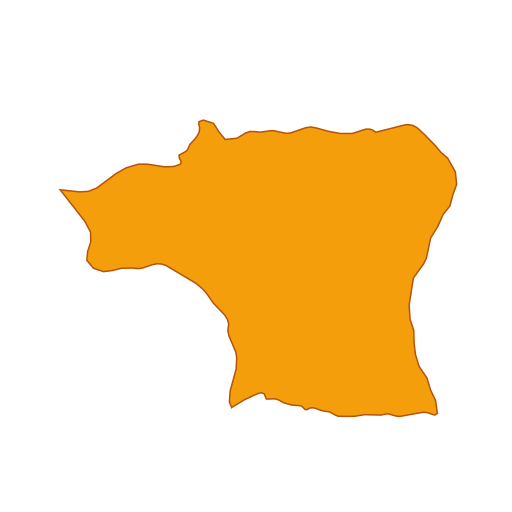 the Region of Arica y Parinacota, rotated 279°
{"feature_id": "CHL-2694", "entity_name": "Arica y Parinacota", "entity_type": "Region", "adm_level": 1, "iso_a3": "CHL", "parent_name": "Chile", "parent_adm1": "", "projection": "robinson", "projection_center": [-69.675, -18.339], "detail": "fine", "context": "isolated", "style": "filled", "palette": "amber", "viewbox_px": 512, "rotation_deg": 279, "n_neighbors": 0, "source": "natural_earth", "source_scale": "10m", "svg_char_len": 1996}
<svg xmlns="http://www.w3.org/2000/svg" viewBox="0 0 512 512"><g transform="rotate(279 256 256)"><path d="M290.8,52.2L291.7,71.5L293.6,80.3L298.1,87.9L315.4,104.8L322.9,114.1L328.3,125.5L329.7,134.2L329.8,152.2L331.7,161.2L335.0,167.2L337.7,167.3L340.3,165.1L343.6,164.2L347.9,169.8L349.4,171.3L350.9,171.9L356.0,173.3L362.4,177.6L365.9,179.3L369.5,180.5L373.9,180.3L377.3,178.8L379.8,178.7L381.9,182.6L382.0,182.8L380.4,193.3L372.6,200.2L366.3,207.3L369.3,218.7L375.8,226.4L378.0,230.4L378.8,236.1L378.8,238.6L379.0,240.8L382.1,251.1L382.5,253.3L381.9,266.6L382.8,270.6L390.5,285.1L392.0,290.1L391.9,295.7L390.5,307.4L390.2,320.0L392.1,332.0L397.1,341.8L398.6,345.0L399.1,348.3L398.6,351.6L397.1,354.9L397.0,355.1L397.1,355.3L408.9,382.8L409.6,385.3L409.5,390.7L407.8,395.2L401.5,404.7L401.3,404.7L393.8,414.9L387.3,422.5L382.6,430.0L370.4,439.7L358.2,443.0L346.9,440.8L335.7,439.7L326.3,434.3L314.1,431.1L301.0,425.7L280.3,424.6L273.8,422.5L265.3,418.1L258.8,414.9L247.5,414.9L231.6,414.9L217.5,418.1L207.2,423.5L195.0,425.7L183.7,428.9L172.5,434.3L162.2,444.0L150.9,449.4L141.5,455.9L129.2,459.7L129.1,459.8L127.6,458.4L126.8,457.1L128.0,450.4L128.1,447.8L127.5,444.5L120.0,423.1L119.8,419.5L120.8,410.8L118.4,404.1L116.3,388.2L113.1,378.5L111.4,368.1L110.6,362.3L111.1,359.8L113.5,353.2L113.5,346.4L113.8,343.5L114.9,338.4L114.9,335.4L114.3,333.1L112.4,330.5L111.9,328.8L115.1,324.2L114.4,314.5L115.3,306.7L117.2,301.3L117.8,298.7L117.7,295.9L116.6,290.5L116.4,288.5L121.2,285.7L121.8,282.0L119.7,278.3L117.1,274.3L112.0,266.8L107.7,261.8L102.9,256.1L102.4,255.7L107.8,252.5L118.8,251.6L141.5,254.1L152.6,252.8L157.9,251.1L173.0,241.7L178.1,239.8L184.3,239.7L189.0,237.7L192.8,234.4L202.9,221.1L211.3,213.1L215.1,208.4L219.7,200.7L232.6,168.5L233.3,163.9L232.8,159.3L231.0,154.6L226.3,145.7L225.1,141.5L224.7,135.3L222.8,125.0L219.2,116.5L216.7,107.9L218.4,97.5L225.2,89.6L234.2,89.0L244.1,90.6L253.8,88.8L263.5,81.5L290.8,52.2Z" fill="#f59e0b" stroke="#b45309" stroke-width="1.5"/></g></svg>